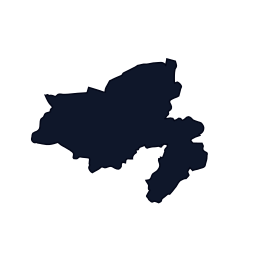 map outline of México (Albers equal-area conic projection), rotated 48°
{"feature_id": "MEX-2731", "entity_name": "México", "entity_type": "State", "adm_level": 1, "iso_a3": "MEX", "parent_name": "Mexico", "parent_adm1": "", "projection": "albers", "projection_center": [-99.447, 19.349], "detail": "fine", "context": "isolated", "style": "filled", "palette": "ink", "viewbox_px": 256, "rotation_deg": 48, "n_neighbors": 0, "source": "natural_earth", "source_scale": "10m", "svg_char_len": 5853}
<svg xmlns="http://www.w3.org/2000/svg" viewBox="0 0 256 256"><g transform="rotate(48 128 128)"><path d="M204.3,118.6L203.6,119.4L203.1,120.4L202.7,121.4L202.4,122.5L201.9,124.6L202.2,127.0L203.6,131.7L203.7,132.5L204.5,137.1L205.0,141.2L204.5,141.7L204.0,142.2L203.6,142.9L203.5,146.7L203.3,149.0L203.3,150.2L203.7,151.1L204.2,151.8L204.5,152.4L204.5,153.1L204.3,153.9L204.0,155.1L202.7,155.7L201.6,156.3L200.7,156.8L199.9,157.5L199.5,158.5L199.1,159.5L198.2,160.0L197.1,160.1L195.9,160.3L195.0,160.3L193.3,159.9L192.3,159.9L191.6,159.9L191.1,159.7L190.8,159.2L190.6,158.5L190.4,157.9L190.1,157.2L189.9,156.5L189.6,155.8L189.3,154.6L189.2,154.0L188.8,153.4L188.3,153.4L187.8,153.6L187.2,153.5L186.5,153.0L185.9,152.4L184.6,151.0L184.2,150.8L182.8,150.4L180.1,150.0L179.0,149.7L180.2,147.9L180.7,147.0L180.9,145.9L181.0,145.7L180.9,145.5L180.5,144.2L179.2,141.7L178.8,140.4L178.9,139.4L179.0,138.4L179.3,136.5L179.4,135.3L179.3,134.2L179.1,133.2L178.8,132.1L178.8,131.9L178.6,131.5L178.5,131.3L178.2,130.7L177.8,130.1L177.4,129.6L176.9,129.1L175.5,128.2L174.0,127.6L172.6,126.9L171.5,125.7L172.5,124.6L172.2,124.1L171.9,123.7L171.6,123.4L172.4,122.9L173.0,122.3L173.1,121.5L172.6,120.8L172.1,119.6L171.9,119.3L171.4,118.4L171.0,117.8L170.8,117.1L170.5,116.4L169.7,116.0L169.0,115.3L168.6,114.4L168.4,113.2L168.4,112.8L168.5,112.6L168.4,111.9L168.1,111.3L167.6,110.7L167.0,110.3L166.4,109.6L166.0,110.1L165.5,110.6L165.0,111.1L164.6,111.5L163.9,112.2L164.0,113.0L163.9,113.8L163.1,114.5L164.0,114.9L164.3,115.6L164.1,116.2L163.3,116.7L162.8,116.8L162.3,117.1L161.9,117.4L161.6,117.8L160.4,119.6L159.5,120.8L158.4,122.1L157.5,123.5L156.7,124.9L156.3,125.6L155.7,127.1L154.7,127.5L153.3,127.3L151.8,127.0L151.4,128.7L150.6,130.6L150.0,132.4L150.3,134.0L150.6,134.2L150.7,134.5L150.8,134.8L150.7,135.1L150.1,135.9L149.8,136.6L150.0,137.3L150.8,137.8L151.1,137.8L151.4,138.0L151.6,138.2L151.7,138.6L151.5,140.2L151.6,141.7L152.0,143.1L152.8,144.4L153.0,144.6L153.2,144.9L153.5,145.1L153.8,145.3L153.1,146.1L152.4,146.9L151.6,147.7L150.8,148.4L150.1,149.8L150.3,151.0L151.1,152.1L152.1,153.2L150.9,154.0L149.9,154.7L149.6,155.6L150.3,157.2L152.1,159.0L152.5,161.2L152.0,162.6L150.8,163.6L149.0,164.5L148.1,164.8L147.2,165.1L146.3,165.4L145.4,165.9L144.4,166.8L143.7,168.1L143.1,169.5L142.6,170.8L141.8,171.8L140.7,172.4L139.7,173.0L139.0,173.8L139.0,174.3L138.9,176.7L138.4,179.1L137.8,181.6L137.3,184.0L137.2,184.1L137.2,184.3L135.8,184.7L133.9,184.6L132.1,184.1L131.0,183.3L130.2,181.6L129.7,181.0L128.7,180.7L127.3,179.2L125.8,177.5L124.2,176.8L122.3,178.4L120.9,179.7L118.7,181.7L118.0,182.2L117.3,182.8L116.8,183.7L116.7,184.7L116.7,185.6L116.5,186.5L115.7,187.4L114.4,188.6L113.4,188.5L112.6,187.6L111.7,186.4L110.5,185.4L109.3,185.2L107.9,185.3L106.3,185.7L105.8,185.7L105.4,185.8L104.9,186.0L104.5,186.1L102.9,186.6L101.3,187.1L99.7,187.6L98.1,188.2L96.5,188.7L95.0,189.1L93.4,189.3L91.8,189.6L91.6,189.8L91.4,190.1L91.2,190.5L91.1,190.8L90.0,193.2L88.8,195.4L87.4,197.5L85.7,199.4L83.9,200.9L82.2,202.3L80.4,203.6L78.7,205.0L77.7,205.4L77.1,206.1L76.5,207.0L75.6,207.6L74.6,207.8L73.4,207.8L72.3,207.4L71.5,206.7L70.4,205.2L69.8,204.5L69.2,203.9L68.4,202.3L68.8,200.2L69.6,198.0L69.8,195.9L69.3,194.0L68.1,192.4L65.3,189.5L64.6,188.8L64.0,188.0L63.5,187.2L63.2,186.3L63.3,185.2L63.4,184.2L63.4,183.3L62.9,182.2L62.1,180.4L62.2,178.9L62.9,177.4L63.8,175.7L63.7,174.7L63.2,174.0L62.7,173.4L62.4,172.6L62.4,171.2L62.2,170.4L61.6,169.9L60.5,169.9L57.3,169.9L54.3,169.4L51.4,168.6L48.3,167.6L48.9,167.1L49.1,166.5L49.2,165.9L49.7,165.4L50.2,165.3L50.6,165.4L51.0,165.3L51.4,164.6L52.0,163.7L53.0,162.8L54.1,162.1L55.0,161.7L56.0,161.1L56.3,160.1L56.3,158.8L56.3,157.7L56.8,156.6L57.7,155.6L58.7,154.7L59.7,153.9L60.5,153.0L62.1,151.1L62.9,150.1L68.7,142.3L72.8,137.1L73.5,136.2L74.1,135.5L74.3,134.7L73.9,133.8L71.6,130.1L73.7,128.8L81.9,123.9L83.3,123.2L85.2,122.1L86.1,120.8L84.8,119.6L83.9,118.4L83.2,117.0L82.2,114.0L81.3,111.5L81.0,110.7L80.8,110.0L82.5,104.3L83.4,101.6L84.7,97.9L84.8,97.0L84.5,96.1L84.2,95.1L84.3,94.1L85.8,88.8L87.3,83.2L87.6,82.2L87.8,81.1L88.1,79.0L88.9,77.7L89.6,76.4L90.3,75.1L91.1,73.8L91.6,73.2L93.2,71.4L94.4,69.6L96.7,65.8L100.2,61.3L101.6,59.6L102.9,58.6L104.4,58.1L106.5,58.0L105.6,56.7L104.7,55.4L103.7,54.1L102.7,52.9L110.0,48.2L112.7,49.5L114.1,50.4L114.8,51.3L115.3,52.7L115.5,53.4L115.9,54.1L117.8,56.4L120.0,58.6L122.3,60.7L124.5,62.6L125.8,63.2L126.3,62.6L126.6,61.5L127.1,60.6L128.4,60.2L130.2,60.0L132.0,60.2L133.1,60.8L133.5,61.7L133.9,62.5L134.4,63.4L135.0,64.2L138.0,68.8L137.6,70.7L137.0,72.2L136.4,73.8L135.9,75.5L135.4,77.8L135.9,79.3L137.2,80.2L139.2,80.7L141.0,81.4L142.2,82.5L142.8,84.0L142.6,86.2L142.8,87.0L143.1,87.5L143.6,87.8L144.3,88.2L144.7,88.8L144.9,89.7L144.9,91.5L145.8,94.2L147.1,92.8L148.9,90.0L150.9,88.4L153.5,88.7L154.4,86.5L154.8,83.8L156.3,82.6L157.1,82.8L157.9,82.8L158.6,82.5L159.1,81.8L159.4,80.3L159.4,78.6L159.5,77.0L160.2,75.6L161.4,74.9L162.6,74.6L163.9,74.5L165.3,74.5L167.0,73.8L168.7,72.9L170.5,71.9L172.1,70.9L173.3,70.4L174.6,70.4L175.9,70.6L177.2,70.9L177.6,71.2L178.0,71.4L178.4,71.6L178.7,71.9L179.5,72.8L180.1,73.7L180.5,74.7L180.7,75.8L180.7,76.7L180.7,77.6L180.4,78.5L180.1,79.4L180.5,79.4L181.2,79.6L181.5,79.6L180.2,82.6L179.6,84.1L179.2,85.7L179.0,86.5L178.8,87.2L178.7,88.0L178.7,88.7L178.8,89.0L178.9,89.3L179.1,89.5L179.2,89.8L182.6,90.1L185.9,86.6L188.9,83.3L191.7,84.2L193.0,86.1L194.3,87.0L196.0,87.1L198.1,86.5L198.9,86.1L199.7,86.2L200.4,86.7L200.9,87.5L203.3,89.9L203.7,90.4L204.0,90.8L204.4,91.3L204.7,91.8L206.2,94.2L207.0,95.3L207.5,96.1L207.7,96.9L207.6,98.0L207.3,98.9L206.8,100.0L206.3,101.0L205.8,102.0L205.2,103.5L204.4,104.9L203.6,106.3L202.9,107.8L202.8,108.3L201.8,108.3L199.9,108.4L198.9,108.5L199.5,111.1L200.1,112.7L201.4,113.6L203.7,114.3L204.0,115.3L204.1,116.4L204.3,118.6Z" fill="#0f172a" stroke="#020617" stroke-width="1.5"/></g></svg>